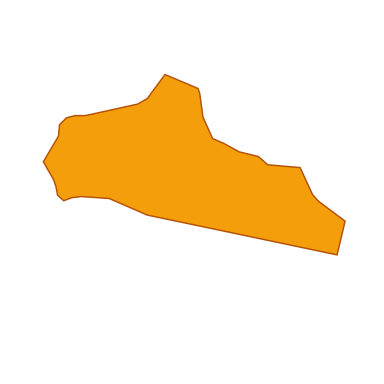 an SVG outline of Dobrepolje, rotated 330°
{"feature_id": "SVN-253", "entity_name": "Dobrepolje", "entity_type": "Municipality", "adm_level": 1, "iso_a3": "SVN", "parent_name": "Slovenia", "parent_adm1": "", "projection": "equal_earth", "projection_center": [14.721, 45.817], "detail": "fine", "context": "isolated", "style": "filled", "palette": "amber", "viewbox_px": 384, "rotation_deg": 330, "n_neighbors": 0, "source": "natural_earth", "source_scale": "10m", "svg_char_len": 526}
<svg xmlns="http://www.w3.org/2000/svg" viewBox="0 0 384 384"><g transform="rotate(330 192 192)"><path d="M227.3,76.8L249.0,105.4L248.0,110.4L238.9,132.7L236.6,156.1L243.8,165.8L253.0,180.9L267.2,194.5L271.2,206.3L297.8,224.9L295.1,254.7L296.9,263.3L310.0,293.8L286.2,319.0L141.7,189.6L117.0,156.2L93.7,140.5L85.0,136.8L76.5,135.4L74.0,127.6L76.9,119.2L78.3,112.3L78.4,91.5L104.4,76.8L110.9,67.5L120.4,65.0L128.9,67.4L137.8,72.5L188.9,88.7L200.0,88.7L227.3,76.8Z" fill="#f59e0b" stroke="#b45309" stroke-width="1.5"/></g></svg>